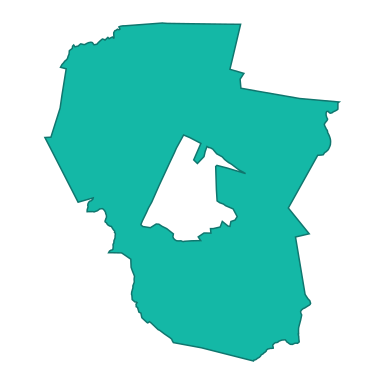 San Juan Bautista Tlachichilco, Oaxaca, Mexico
{"feature_id": "50627088B82603535513252", "entity_name": "San Juan Bautista Tlachichilco", "entity_type": "district", "adm_level": 2, "iso_a3": "MEX", "parent_name": "Mexico", "parent_adm1": "Oaxaca", "projection": "orthographic", "projection_center": [-98.322, 17.586], "detail": "fine", "context": "isolated", "style": "filled", "palette": "teal", "viewbox_px": 384, "rotation_deg": 0, "n_neighbors": 0, "source": "geoboundaries", "source_scale": "gbopen_adm2", "svg_char_len": 4903}
<svg xmlns="http://www.w3.org/2000/svg" viewBox="0 0 384 384"><path d="M173.4,342.6L201.5,347.8L253.5,361.0L253.8,360.2L255.2,359.8L256.0,359.5L257.5,358.3L259.2,357.4L260.5,356.1L261.1,355.0L261.8,354.5L262.8,354.0L263.7,353.3L264.1,352.6L264.9,352.3L266.2,351.1L266.5,350.0L268.1,348.9L269.2,348.7L270.2,348.4L271.5,348.4L273.2,348.2L273.2,347.2L272.8,346.0L272.8,345.0L274.1,343.5L275.5,342.6L276.7,342.6L277.8,342.2L279.1,341.1L280.5,340.6L281.8,340.1L285.2,339.8L285.9,340.5L286.8,341.9L288.1,342.7L288.9,343.4L290.3,344.3L292.5,344.4L294.1,343.6L295.1,343.2L296.7,343.2L297.6,343.3L299.2,341.9L299.1,341.0L298.9,339.4L298.8,338.3L298.7,336.1L298.6,335.8L298.3,334.7L298.3,333.8L298.6,333.8L298.5,332.0L298.5,330.2L298.6,327.9L299.1,325.8L299.9,322.8L300.6,320.2L301.2,317.4L301.7,315.0L301.7,314.9L300.8,313.2L300.6,311.5L301.5,310.0L303.3,308.5L304.7,308.0L306.4,306.9L307.8,306.0L309.2,305.2L310.1,304.4L310.6,303.3L309.8,300.7L307.9,298.7L306.7,296.9L305.1,294.4L300.0,263.9L295.5,237.0L309.2,233.8L288.3,208.0L292.5,200.5L317.7,155.3L321.8,155.0L323.3,154.7L324.1,153.3L325.2,152.2L326.0,151.8L327.2,150.7L328.3,149.6L329.0,148.2L329.8,146.4L330.4,144.6L330.6,141.8L330.5,140.0L330.1,138.2L329.5,136.4L328.7,134.5L327.7,132.7L327.5,131.2L327.2,130.2L326.6,129.5L326.1,128.7L325.6,127.5L324.8,126.1L324.3,124.2L325.1,122.9L325.7,122.1L326.5,121.2L327.3,120.0L327.6,119.1L327.2,118.2L326.7,117.5L326.4,116.2L326.1,115.2L326.1,114.5L326.1,112.8L326.6,111.6L328.0,111.3L328.8,112.1L329.6,112.9L330.3,113.2L331.3,113.0L332.4,112.6L333.4,111.7L334.7,111.2L336.6,110.2L337.8,109.3L337.9,108.3L337.9,107.3L337.9,106.3L337.9,104.4L337.9,102.9L339.1,102.0L299.6,98.5L257.0,91.1L240.9,88.2L240.1,79.2L243.9,73.4L229.9,69.3L232.1,60.2L240.6,24.3L227.9,24.2L188.2,23.7L167.3,23.4L163.1,23.1L162.6,23.0L125.0,25.8L124.0,25.8L122.4,25.9L120.3,26.3L118.9,26.9L119.2,27.5L119.8,28.4L119.8,29.4L119.1,29.6L118.4,29.6L117.4,29.2L116.8,29.7L116.2,30.2L114.9,30.7L113.8,32.5L113.7,33.3L113.8,35.3L114.0,37.9L113.5,38.1L112.4,37.0L110.9,37.7L109.1,38.7L107.9,37.4L107.1,38.1L105.0,40.1L104.2,39.5L102.4,39.0L100.4,40.6L98.3,42.6L96.9,44.2L95.5,44.5L94.0,44.8L93.6,44.3L93.1,43.6L92.4,42.6L90.9,42.2L88.4,42.7L86.2,43.7L85.2,44.4L84.0,44.6L83.0,44.4L81.5,44.0L80.6,43.9L79.1,45.2L78.3,46.0L74.9,46.8L73.7,45.0L72.6,46.1L72.4,47.1L72.3,48.4L71.3,49.2L70.4,49.8L69.3,50.8L69.2,52.7L69.0,54.3L68.1,56.3L67.4,58.7L66.1,60.1L64.7,61.2L63.6,62.8L62.0,64.5L60.5,67.3L66.2,68.8L61.9,95.6L60.1,108.1L50.9,137.2L44.9,137.5L52.2,151.6L78.1,202.2L93.2,197.9L92.9,199.1L92.2,199.8L91.1,200.8L89.5,201.3L88.9,202.1L88.1,203.4L87.7,205.2L88.0,206.3L88.0,207.1L87.4,209.0L87.2,209.6L87.1,211.4L87.1,211.7L92.8,211.6L94.1,211.9L95.8,211.3L97.5,210.7L98.5,209.9L99.7,209.0L101.6,208.7L102.6,208.7L103.7,209.7L104.5,210.5L105.2,211.8L105.6,212.5L105.7,213.7L105.9,214.1L106.3,214.8L106.5,216.9L106.3,217.8L105.9,218.6L105.4,220.1L105.0,221.2L105.3,222.1L106.0,222.5L106.6,223.0L106.9,223.8L108.4,225.4L109.3,225.7L110.2,226.3L111.4,226.4L112.2,227.9L112.7,228.7L113.4,229.7L113.9,230.3L114.6,231.0L114.7,231.9L114.5,232.5L115.3,233.3L115.4,234.2L115.2,234.9L115.1,236.1L115.1,236.9L115.0,238.0L114.6,239.2L114.0,240.5L113.9,241.9L113.8,243.1L113.3,243.8L113.0,244.8L113.1,245.8L113.2,247.0L113.0,248.2L112.9,249.4L111.9,250.0L110.9,250.2L109.5,251.1L108.6,252.7L110.8,252.7L121.6,252.9L130.1,258.7L130.8,259.2L131.1,267.3L132.5,271.2L134.5,276.2L134.1,279.1L134.3,282.1L132.9,285.8L132.9,287.8L131.7,292.1L131.5,294.3L131.9,295.3L132.2,299.6L135.0,302.0L136.2,302.0L137.1,302.6L136.0,304.2L136.2,305.4L136.2,306.7L136.6,306.9L137.6,307.6L137.8,308.4L138.9,312.1L140.9,313.1L141.7,317.2L142.1,318.0L147.1,322.6L147.8,322.9L149.5,321.7L151.2,323.0L158.1,329.6L159.8,330.4L164.4,333.9L170.1,337.8L171.8,339.3L172.2,340.6L173.4,342.6ZM158.9,185.9L161.4,180.5L169.8,162.4L174.4,152.7L176.4,148.1L179.7,142.1L183.6,135.0L189.1,137.3L190.0,137.7L200.9,143.4L193.7,159.9L197.4,163.5L204.0,156.6L205.2,151.4L207.0,146.5L208.8,147.6L209.4,147.6L209.8,147.7L210.6,147.9L212.9,149.2L213.6,150.1L216.7,153.8L222.2,156.8L223.4,158.1L224.5,159.4L227.3,161.6L228.8,162.7L230.2,163.4L232.2,164.7L234.1,166.2L235.8,167.5L236.8,168.3L238.5,169.5L239.9,170.4L243.1,172.1L245.6,173.6L237.1,171.0L235.6,170.6L227.1,168.0L216.9,165.4L215.7,166.5L216.4,189.6L217.1,200.9L219.7,202.7L223.5,204.1L225.6,205.7L233.1,208.9L237.2,216.6L235.0,220.1L230.9,221.5L229.9,226.4L228.1,226.1L222.3,221.4L220.2,227.0L213.2,228.6L210.5,228.6L210.9,233.1L204.0,233.0L198.2,236.9L200.7,240.6L191.7,240.8L184.5,241.3L183.2,241.6L182.0,241.3L181.3,240.9L180.3,240.8L179.4,240.9L178.1,240.9L176.4,240.7L174.8,239.7L173.5,238.3L172.9,236.7L173.4,233.9L166.7,228.6L162.0,226.3L158.9,224.2L156.2,224.0L150.4,227.7L142.7,226.5L142.0,225.8L140.9,224.7L141.0,224.3L142.4,220.8L146.5,212.4L148.4,208.1L151.7,202.2L158.9,185.9Z" fill="#14b8a6" stroke="#0f766e" stroke-width="1.5"/></svg>